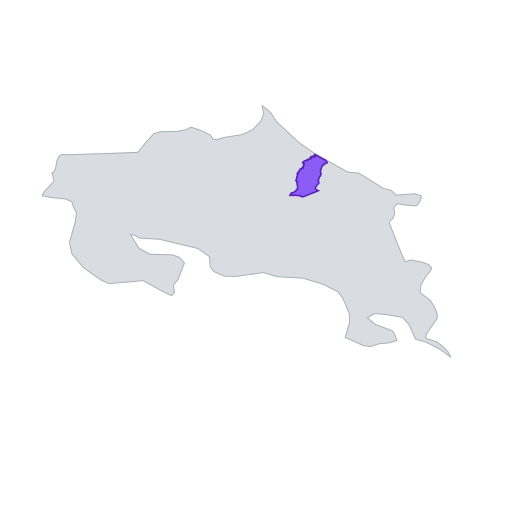 Siquirres, Limón, Costa Rica shown in context, rotated 338°
{"feature_id": "36466004B47231661736374", "entity_name": "Siquirres", "entity_type": "district", "adm_level": 2, "iso_a3": "CRI", "parent_name": "Costa Rica", "parent_adm1": "Limón", "projection": "orthographic", "projection_center": [-83.503, 10.148], "detail": "fine", "context": "in_parent", "style": "filled", "palette": "violet", "viewbox_px": 512, "rotation_deg": 338, "n_neighbors": 0, "source": "geoboundaries", "source_scale": "gbopen_adm2", "svg_char_len": 6674}
<svg xmlns="http://www.w3.org/2000/svg" viewBox="0 0 512 512"><g transform="rotate(338 256 256)"><path d="M431.6,262.0L431.0,263.9L429.2,266.0L426.6,268.1L423.1,269.5L414.7,265.3L406.5,260.4L402.0,262.7L400.3,269.0L397.3,272.3L393.5,273.5L392.0,275.7L391.7,297.1L392.0,317.2L398.2,317.7L408.6,324.6L413.0,328.8L414.4,332.6L413.1,334.4L405.6,338.8L398.2,344.4L394.5,351.4L401.0,362.6L402.4,370.2L402.2,378.1L400.4,382.0L386.0,391.2L382.9,394.4L383.3,396.7L391.2,403.0L395.0,409.1L398.1,416.5L398.6,422.9L391.4,411.0L381.4,399.7L372.7,392.7L372.1,376.5L368.6,367.6L355.6,359.5L344.4,353.8L336.1,355.0L341.2,364.3L354.3,376.3L355.2,380.9L355.0,387.1L346.0,386.2L338.0,383.6L328.3,382.9L321.9,379.2L308.2,364.9L317.9,352.6L320.9,344.6L320.7,328.0L318.5,319.9L308.0,307.6L291.2,294.1L267.8,283.1L256.8,274.2L229.4,267.3L219.0,262.8L210.9,254.4L209.7,248.4L212.6,239.2L205.1,227.4L172.6,204.2L154.4,195.6L150.5,190.5L147.6,189.0L150.4,204.9L158.3,214.6L179.0,223.7L184.8,228.9L187.0,235.7L174.9,248.6L168.7,251.9L166.9,259.0L162.9,261.1L158.8,257.0L142.0,236.5L109.4,226.6L103.5,220.5L91.5,201.8L86.1,184.8L88.2,173.5L101.7,155.9L105.9,148.3L105.1,143.5L105.6,136.6L100.6,131.7L88.3,125.2L80.4,120.1L82.6,117.6L96.8,110.8L97.8,104.7L97.7,102.6L100.0,102.2L102.1,100.6L103.4,98.9L107.3,93.0L110.7,89.7L114.6,89.1L119.3,91.6L137.1,98.1L156.9,105.4L185.2,115.6L196.9,109.2L207.0,104.3L214.0,105.0L229.2,110.8L238.4,112.7L244.0,112.1L253.7,120.6L259.0,126.9L259.9,131.2L262.8,133.5L270.4,134.0L288.9,138.3L300.3,137.5L310.6,132.9L316.3,127.5L318.0,118.9L320.6,123.2L323.7,129.8L325.0,138.4L338.4,167.1L349.0,183.2L372.4,212.4L382.5,217.8L399.6,241.3L405.5,245.2L408.9,252.1L426.6,257.8L431.6,262.0Z" fill="#d9dde1" stroke="#a8b0b8" stroke-width="1"/><path d="M356.2,193.0L353.9,190.5L349.5,184.9L349.1,184.4L348.5,183.7L348.0,183.3L348.3,184.0L348.5,184.5L348.7,184.9L348.9,185.1L349.1,185.2L349.4,185.4L349.4,185.5L349.1,185.6L348.7,185.4L348.5,185.5L348.4,185.5L348.4,185.8L348.4,186.0L348.2,186.1L348.0,185.9L347.9,186.0L347.5,186.1L347.3,186.1L347.1,186.1L347.1,185.9L347.3,185.6L347.3,185.4L347.1,185.4L346.9,185.5L346.8,185.4L347.0,185.1L347.0,184.9L346.9,184.9L346.4,184.9L346.3,185.2L346.2,185.3L345.9,185.4L345.8,184.8L345.7,184.6L345.4,184.6L345.2,185.1L344.9,184.7L344.7,184.6L344.2,185.1L344.2,185.4L344.1,185.5L344.0,185.3L344.2,184.8L344.3,184.6L343.8,184.5L343.7,184.6L343.6,184.9L343.6,185.2L343.7,185.3L343.1,185.4L342.9,185.5L343.0,185.6L343.1,186.0L342.7,186.0L342.4,186.0L342.5,186.0L342.9,186.3L342.2,186.3L341.9,186.1L341.7,186.0L341.4,186.1L341.2,186.1L340.9,186.3L340.6,185.9L340.5,186.2L340.2,186.3L339.9,186.4L339.6,186.4L339.6,186.5L339.3,186.5L339.3,186.3L339.0,186.2L338.9,185.9L338.4,186.1L338.0,186.1L337.7,186.3L337.4,186.3L337.3,186.1L337.1,186.1L336.7,186.1L336.4,186.0L336.1,186.1L335.8,186.3L335.5,186.6L335.3,186.6L335.2,186.5L335.1,186.8L334.8,186.5L334.5,186.6L334.2,186.9L334.2,187.1L334.2,187.4L334.3,187.6L334.5,187.6L334.6,187.4L334.8,187.5L335.0,187.8L334.9,187.8L334.8,188.2L334.9,188.6L334.6,188.6L334.6,188.8L334.9,188.8L334.8,189.1L334.6,189.3L334.4,189.5L334.5,189.7L334.5,190.0L334.1,190.0L333.9,190.2L334.0,190.5L334.1,190.9L334.0,190.7L333.8,190.7L333.6,190.8L333.4,191.0L333.4,190.9L333.2,190.8L333.0,190.7L333.0,190.9L333.0,191.1L332.9,191.4L332.7,191.4L332.7,191.5L332.5,191.9L332.5,192.1L332.2,192.0L332.1,191.9L332.2,191.7L331.8,191.7L331.6,191.8L331.4,191.6L331.2,191.6L330.9,191.9L331.0,192.1L330.6,192.2L330.4,192.2L330.4,192.3L330.1,192.4L329.7,191.8L329.3,192.2L329.0,192.6L328.7,192.6L328.3,192.8L328.1,193.0L327.7,193.2L327.6,193.4L327.1,193.7L327.2,193.9L326.9,194.0L326.5,194.3L326.4,194.3L326.5,194.6L326.5,194.9L326.4,195.0L326.2,195.0L325.8,195.3L325.6,195.2L325.4,195.0L325.3,195.3L325.2,195.5L325.1,195.4L324.9,195.4L324.9,195.5L324.8,195.9L324.7,196.1L324.5,197.0L324.3,197.1L324.0,197.4L323.8,197.5L323.7,197.7L323.4,198.0L323.3,198.4L322.9,199.0L322.8,199.4L322.3,199.6L322.0,200.0L321.7,200.3L321.6,200.6L321.2,201.0L321.3,201.2L321.5,201.3L321.5,201.5L321.4,201.8L321.5,202.0L321.8,202.1L322.0,202.1L322.1,202.3L321.9,202.4L321.8,202.6L321.7,203.2L321.4,203.1L321.4,203.5L321.3,203.9L321.2,204.3L321.0,204.7L320.9,204.9L320.9,205.5L320.8,206.0L320.8,206.3L320.7,206.8L320.5,207.1L320.3,207.6L320.1,208.3L320.0,208.8L319.8,208.9L319.6,209.0L319.4,209.2L319.4,209.3L318.9,209.5L318.4,209.6L318.3,209.8L318.2,210.1L317.5,210.3L317.3,210.3L316.8,210.6L316.6,210.7L315.9,210.9L315.6,211.0L315.3,211.0L315.1,211.0L314.6,211.0L314.4,211.0L314.1,211.0L313.8,211.0L313.4,211.0L313.2,211.1L312.9,211.1L312.7,211.0L312.5,210.8L312.3,210.9L312.2,210.9L312.1,211.1L311.9,211.1L311.6,211.2L311.5,211.4L311.2,211.5L310.9,211.9L310.8,212.1L310.7,212.2L310.1,212.6L310.3,212.7L310.4,212.8L310.6,212.7L311.0,212.5L311.3,212.5L311.8,212.6L311.8,212.8L312.0,212.9L312.0,213.0L312.4,213.3L312.5,213.5L312.9,213.8L313.1,213.9L313.4,213.9L313.5,213.8L314.0,214.0L314.6,214.2L314.8,214.2L315.3,214.4L315.7,214.8L315.9,214.9L316.2,215.1L316.4,215.1L316.5,215.1L316.9,215.2L317.2,215.4L317.7,215.7L318.1,216.0L318.6,216.0L318.6,216.4L318.7,216.5L318.8,216.5L319.1,216.5L319.2,216.9L319.3,217.0L319.6,217.1L319.8,217.1L320.5,218.2L322.1,218.8L328.3,218.8L337.6,218.9L338.2,218.8L337.5,218.4L337.4,218.3L337.3,218.1L337.3,217.6L337.0,217.6L336.8,217.0L336.5,216.6L336.4,216.3L336.3,215.9L336.3,215.5L336.4,215.4L336.7,215.1L336.8,214.8L336.9,214.7L337.2,214.5L337.3,214.2L337.5,214.1L338.0,214.0L338.4,213.8L338.5,213.7L338.8,213.2L339.3,213.0L339.5,212.9L339.8,212.7L340.0,212.6L340.6,212.6L341.2,212.4L341.4,212.2L341.4,211.9L341.8,211.4L341.9,210.9L342.1,210.6L342.2,210.3L342.1,210.1L341.8,209.6L341.7,209.3L342.0,209.0L342.0,208.9L342.2,208.7L342.4,208.6L342.7,208.5L342.9,208.4L343.3,208.2L343.5,207.8L343.5,207.2L344.0,206.7L344.5,206.3L344.7,206.2L344.9,206.2L345.1,206.1L345.6,206.1L346.0,205.5L346.1,205.2L346.5,205.1L346.6,204.9L346.8,204.6L347.0,204.5L347.2,204.3L347.3,204.0L347.3,203.6L347.1,203.4L347.1,203.2L347.3,202.9L347.2,202.5L347.2,202.1L347.3,201.9L347.6,201.4L348.0,201.1L348.2,200.8L348.4,200.6L348.4,200.3L348.7,199.9L348.9,199.8L349.2,199.6L349.4,199.0L349.8,198.8L349.9,198.6L350.1,198.4L350.2,198.0L350.4,197.9L350.7,197.8L350.8,197.6L351.1,197.5L351.4,197.3L351.5,197.2L351.8,197.2L352.1,197.0L352.5,196.9L352.5,197.0L352.9,197.1L353.0,197.0L352.9,196.6L353.3,196.4L353.6,196.1L353.8,196.0L354.0,196.0L354.4,196.3L354.8,196.2L355.3,196.2L355.5,196.3L355.9,196.2L356.1,196.3L356.3,196.5L356.5,196.4L356.7,196.2L356.9,196.2L357.0,196.1L357.0,195.9L357.0,194.7L356.9,194.6L356.8,194.4L356.3,193.7L356.0,193.5L356.0,193.4L356.1,193.1L356.2,193.0Z" fill="#8b5cf6" stroke="#5b21b6" stroke-width="1.5"/></g></svg>